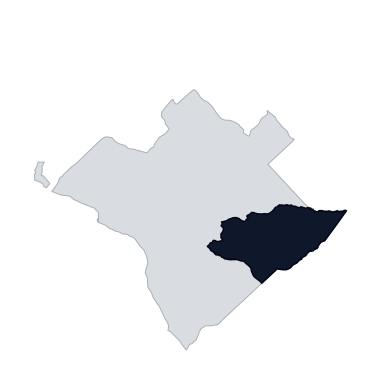 Angola, with Cuando Cubango highlighted, rotated 317°
{"feature_id": "AGO-1888", "entity_name": "Cuando Cubango", "entity_type": "Province", "adm_level": 1, "iso_a3": "AGO", "parent_name": "Angola", "parent_adm1": "", "projection": "mercator", "projection_center": [19.423, -15.802], "detail": "fine", "context": "in_parent", "style": "filled", "palette": "ink", "viewbox_px": 384, "rotation_deg": 317, "n_neighbors": 0, "source": "natural_earth", "source_scale": "10m", "svg_char_len": 9453}
<svg xmlns="http://www.w3.org/2000/svg" viewBox="0 0 384 384"><g transform="rotate(317 192 192)"><path d="M302.5,183.9L302.9,186.3L303.3,189.7L303.6,192.1L303.9,193.2L304.0,193.8L303.7,194.4L303.4,195.8L302.9,197.1L302.6,198.0L302.9,199.7L302.5,204.6L302.4,207.0L303.1,211.3L303.0,212.7L301.5,216.7L301.1,218.7L301.0,219.7L302.6,222.7L302.5,223.2L301.3,223.4L300.3,223.5L266.4,223.5L266.4,274.7L266.4,279.0L267.5,284.9L269.5,291.2L270.3,291.8L272.3,293.0L275.1,295.4L276.7,297.2L279.9,300.3L284.1,304.3L291.9,311.1L266.0,316.2L256.1,318.0L255.3,318.0L253.8,317.3L250.6,317.1L246.9,318.1L243.9,318.3L241.7,317.9L239.6,317.1L237.5,315.8L233.9,315.4L228.7,315.7L223.8,315.5L219.0,314.6L215.6,314.3L213.5,314.5L211.3,314.2L209.0,313.5L207.0,312.3L204.6,309.7L202.8,307.3L202.3,307.0L201.7,306.6L201.1,306.5L190.9,306.4L128.6,306.3L121.4,306.7L120.9,306.6L120.0,306.3L119.3,305.8L117.3,304.4L115.5,303.3L113.1,301.6L111.5,299.6L110.2,299.0L107.9,298.7L106.1,298.3L104.7,298.3L102.2,299.2L100.3,300.1L99.0,300.9L96.6,301.9L94.6,302.9L91.2,302.8L90.5,302.9L88.6,302.9L86.8,302.0L84.9,302.1L82.9,303.2L80.0,303.6L80.7,296.4L81.4,293.3L81.4,289.5L81.0,279.6L80.5,278.3L80.1,276.7L81.9,275.5L82.8,274.6L84.1,273.0L85.0,270.7L86.0,265.7L89.8,254.2L91.6,242.9L93.8,237.6L94.7,231.7L101.0,224.0L102.6,219.3L105.8,217.0L110.5,214.5L113.8,210.1L115.4,207.1L117.2,201.3L117.2,195.3L118.3,187.2L118.1,184.9L116.3,181.7L116.0,179.4L114.4,177.2L112.7,175.5L111.9,172.5L108.9,167.7L108.1,164.5L106.7,162.2L106.5,159.4L105.7,156.4L104.3,153.5L102.8,150.1L102.8,149.1L103.7,147.8L104.6,147.4L104.3,148.0L103.7,148.8L103.9,149.4L109.4,143.5L109.8,142.3L109.6,141.1L109.5,139.5L109.8,137.6L104.5,126.8L100.4,116.7L99.7,111.6L94.2,105.0L92.0,100.6L90.8,97.6L89.8,96.4L90.2,95.8L91.6,95.7L94.7,95.0L99.1,94.2L103.1,92.5L104.1,91.7L106.2,91.5L108.4,92.0L109.2,91.7L109.6,91.6L114.7,91.6L116.8,91.5L120.7,91.5L123.2,91.7L124.6,91.9L128.3,92.2L133.1,92.1L134.7,92.0L140.9,91.9L152.5,91.7L158.6,91.7L163.2,91.7L165.4,92.3L167.3,93.5L168.2,94.6L168.6,95.1L169.1,96.3L170.2,97.2L170.6,98.6L170.3,100.5L170.4,102.8L171.0,105.5L172.3,108.3L174.2,111.3L175.1,113.6L174.8,115.4L175.4,117.2L176.9,119.1L177.9,120.2L178.5,120.9L180.2,123.9L185.5,132.2L186.3,132.7L187.4,132.5L189.9,132.2L192.3,132.1L194.1,132.8L194.8,132.7L197.4,131.3L200.0,130.8L202.7,130.3L204.2,129.7L205.8,129.7L210.3,130.8L211.1,130.9L214.7,130.9L218.3,130.2L218.9,125.4L218.9,124.5L219.8,122.7L220.9,121.1L221.0,119.6L220.9,117.6L221.7,115.1L224.1,113.2L228.1,112.2L230.3,112.0L233.8,111.5L239.1,110.9L241.1,111.0L241.2,111.3L240.1,114.7L240.1,115.8L240.5,117.0L241.4,117.6L252.0,117.7L262.2,118.1L262.8,118.3L263.2,118.5L263.9,120.2L263.7,123.5L262.7,128.4L263.1,132.9L264.8,137.1L265.0,143.6L263.6,152.4L263.3,157.9L264.1,160.2L265.8,162.6L268.4,165.2L270.3,168.5L271.7,172.5L272.3,175.1L271.9,176.1L271.9,177.9L272.3,180.5L271.9,182.2L270.5,183.1L270.0,184.2L270.7,186.5L270.9,188.5L271.8,189.8L272.5,189.9L273.9,189.2L275.6,187.8L277.0,187.3L278.9,187.3L281.6,187.7L286.3,187.9L287.8,187.6L292.2,185.8L293.4,185.7L295.1,185.8L297.6,186.4L300.1,186.5L301.4,185.9L301.5,185.2L301.9,184.2L302.5,183.9ZM104.2,69.2L103.9,69.5L101.9,70.3L99.8,71.0L97.0,74.1L95.5,75.5L95.1,75.8L93.8,76.5L92.9,77.2L92.9,77.5L93.5,77.9L94.2,78.6L94.1,83.6L93.8,88.6L93.5,89.0L91.7,89.2L89.3,89.5L88.6,89.7L88.3,89.2L87.5,87.4L87.9,85.7L88.4,84.4L87.9,81.8L86.7,79.5L85.4,76.5L85.0,75.9L86.1,75.0L87.7,72.9L88.4,71.8L90.3,71.6L91.0,70.8L91.5,69.6L91.7,68.9L93.8,68.3L96.4,67.3L97.8,66.2L99.2,65.5L100.1,65.4L100.7,65.7L102.4,67.7L103.8,68.9L104.2,69.2Z" fill="#d9dde1" stroke="#a8b0b8" stroke-width="1"/><path d="M266.1,282.6L266.9,283.6L267.6,284.7L267.0,284.7L267.2,284.9L267.3,285.7L267.7,286.1L267.8,286.8L268.4,286.9L268.7,287.1L268.6,287.3L268.5,287.6L268.3,287.9L268.2,288.3L268.2,288.6L268.7,289.6L268.6,290.1L269.1,290.3L269.3,290.4L269.4,291.0L269.5,291.2L271.1,292.5L271.3,292.6L271.5,292.6L271.9,292.4L272.0,292.3L272.3,292.6L272.8,292.7L273.0,292.9L273.1,293.1L273.6,293.8L274.0,293.9L274.2,294.0L274.3,294.2L275.6,296.3L275.8,296.9L276.0,297.1L276.3,297.3L276.8,297.4L277.1,297.7L277.1,298.2L277.2,298.3L277.3,298.4L277.5,298.4L278.6,298.9L278.9,299.0L279.7,299.9L280.0,300.4L280.3,300.9L280.5,301.8L280.7,302.1L280.9,302.3L281.5,302.6L282.2,303.3L282.7,303.6L283.8,304.1L284.7,304.3L284.9,304.5L285.7,305.3L285.8,305.5L285.9,306.0L286.3,306.6L286.7,307.1L287.2,307.5L288.0,307.8L288.2,308.0L288.2,308.3L288.2,308.9L288.4,309.1L288.7,309.2L289.7,309.0L290.2,309.1L290.8,309.3L291.2,309.6L291.5,310.0L291.9,310.3L291.8,310.6L291.8,310.9L291.9,311.1L275.5,314.4L255.9,318.1L255.6,318.2L255.2,317.8L254.6,317.5L253.6,317.2L252.8,316.7L252.5,316.6L251.7,316.7L251.1,316.7L250.8,316.8L250.5,316.9L250.2,316.8L246.9,317.7L246.6,318.2L246.0,318.3L245.5,318.5L245.0,318.6L244.6,318.2L244.1,317.9L243.8,317.8L243.6,318.0L243.2,318.0L242.9,317.9L242.5,317.6L241.8,317.5L241.1,317.6L240.6,317.7L240.4,317.6L239.9,317.2L239.2,316.9L238.3,316.0L237.8,315.8L237.4,315.9L236.7,315.3L236.4,315.2L235.6,315.3L235.4,315.2L234.8,315.7L234.3,315.5L233.8,315.5L233.4,315.6L233.1,315.9L233.0,315.7L232.8,315.8L232.5,315.9L232.0,315.9L231.0,316.0L230.1,315.7L229.5,315.3L226.6,315.3L226.2,315.9L225.9,315.8L225.1,315.5L224.9,315.4L224.7,315.1L224.4,315.0L224.0,315.0L222.9,315.2L219.8,315.3L216.9,314.4L216.6,314.2L215.8,314.3L215.0,314.2L214.7,314.2L214.0,314.5L212.5,314.6L210.1,314.1L208.5,313.3L207.8,313.1L207.5,312.9L207.2,312.4L206.1,311.3L205.6,311.0L205.4,310.9L205.3,310.7L205.2,310.2L204.2,309.4L203.9,309.1L203.3,307.9L202.8,307.7L202.5,306.8L202.3,306.6L202.2,306.3L180.8,306.3L180.8,303.1L180.0,298.9L179.8,297.0L179.8,295.8L180.0,294.5L180.2,293.9L181.0,292.0L181.4,290.5L182.5,289.0L182.8,288.5L183.0,288.0L183.3,286.8L183.2,284.5L182.7,280.9L182.7,278.5L182.5,277.9L182.2,277.3L181.9,277.0L181.1,276.2L178.8,272.0L178.3,271.5L177.3,270.8L176.9,270.4L176.7,269.5L176.4,269.6L176.2,269.5L176.1,269.1L175.9,269.0L175.3,269.0L174.5,268.2L174.1,268.0L174.1,267.9L174.4,267.7L173.7,267.3L173.6,267.1L173.1,266.8L172.9,266.7L173.0,266.4L172.9,265.9L172.8,265.7L172.2,265.5L171.9,265.3L171.7,265.1L171.6,264.9L171.7,264.4L171.1,264.1L170.3,263.1L170.2,262.8L170.1,262.5L170.2,262.4L170.5,262.2L170.4,261.9L170.3,261.6L170.1,261.2L169.9,261.0L169.5,260.4L169.4,260.2L169.3,259.7L169.5,258.7L169.4,258.2L169.3,257.9L168.5,257.0L168.5,256.8L168.8,256.0L169.0,256.0L169.0,255.9L168.6,255.7L167.9,255.5L168.1,255.1L167.7,255.0L167.2,254.8L166.8,254.4L166.6,254.0L166.6,252.4L166.7,251.9L166.6,251.0L166.7,250.2L166.6,249.8L166.3,249.2L166.2,248.9L165.9,247.2L166.0,246.9L166.3,246.7L166.4,245.6L166.5,244.9L166.2,243.7L166.3,243.2L166.3,242.9L166.1,242.4L166.5,242.2L168.4,242.3L169.2,242.2L169.8,241.9L170.4,241.8L170.9,241.8L171.2,242.0L171.8,242.4L172.2,242.6L172.6,242.6L173.0,242.5L173.5,242.2L174.0,242.0L174.5,242.0L174.9,242.2L175.1,242.3L175.3,242.6L175.9,243.6L176.1,244.0L176.3,244.9L176.5,245.3L177.3,246.0L178.2,246.6L178.8,246.9L179.9,247.6L180.4,247.9L180.9,248.0L181.2,248.0L181.5,248.0L181.3,247.7L181.9,246.7L182.0,246.3L182.0,246.0L182.0,245.4L182.1,245.0L183.0,244.3L183.6,243.6L184.2,242.8L184.4,242.6L184.9,242.4L185.0,242.3L185.7,242.4L186.5,242.1L186.8,242.1L187.2,242.1L187.4,242.1L188.3,241.4L188.7,241.3L189.4,240.7L189.7,240.5L189.9,240.3L190.3,239.8L190.4,239.4L190.4,237.7L190.2,237.2L190.2,236.8L190.4,236.5L192.0,236.1L192.6,235.6L192.9,234.9L193.1,234.2L193.6,234.4L197.8,236.7L198.4,236.9L198.9,236.9L199.3,236.8L200.0,236.9L202.3,238.0L203.0,238.3L203.6,238.4L204.0,238.6L205.2,239.5L205.3,239.6L205.6,239.7L205.9,239.9L206.0,240.3L206.7,240.7L207.2,241.2L207.3,241.5L207.4,241.9L207.6,242.2L207.8,242.6L208.1,243.0L208.2,243.3L208.3,243.5L208.1,243.7L208.1,243.9L208.4,244.6L208.4,245.0L208.6,245.4L208.5,245.7L208.6,246.4L208.8,246.7L208.9,247.2L209.2,247.5L209.4,248.0L209.7,248.4L209.8,248.7L210.3,249.4L210.9,249.7L211.2,249.7L212.4,249.2L213.1,249.2L213.8,249.2L215.0,249.5L215.4,249.3L215.5,249.0L215.3,248.2L215.3,247.8L215.4,247.4L215.7,247.2L216.2,246.9L216.7,246.9L217.3,247.1L218.1,247.4L219.7,247.7L221.2,247.6L221.7,247.6L222.0,248.0L222.5,248.7L223.0,249.0L223.3,249.4L223.6,250.5L223.8,250.7L224.1,251.0L224.4,251.5L224.5,252.1L224.7,252.3L224.8,252.5L225.3,252.9L225.5,253.0L225.8,253.5L226.3,253.9L227.1,254.9L228.1,255.7L228.5,256.1L228.8,256.3L229.0,256.6L229.4,256.7L230.0,257.1L230.5,257.8L231.4,258.6L231.8,259.2L233.3,260.0L234.2,260.3L234.9,260.6L235.1,260.7L235.9,260.6L236.5,260.7L238.0,260.9L238.7,260.7L240.1,260.7L240.3,260.8L240.4,260.7L240.7,260.5L241.1,260.3L241.4,260.3L241.9,260.4L242.1,260.4L242.3,260.2L242.5,260.2L242.8,260.2L243.6,260.8L244.3,261.0L245.0,261.1L245.3,261.0L245.4,260.8L245.6,260.7L246.0,260.8L246.5,261.3L246.8,261.3L247.2,261.1L247.6,261.6L247.7,261.9L247.7,262.0L247.9,261.9L248.0,262.0L249.5,263.6L249.9,264.2L250.3,264.8L250.5,265.1L250.8,264.9L251.1,265.0L251.4,265.7L251.6,265.9L251.9,265.8L252.4,265.7L252.8,266.2L253.4,267.3L253.3,267.6L253.4,267.8L253.8,268.2L254.4,268.4L254.6,268.7L254.7,269.0L255.1,268.9L255.4,269.0L255.7,269.2L256.0,270.1L256.2,271.6L256.5,271.9L257.1,272.1L257.3,272.2L257.6,272.8L258.0,273.3L258.2,274.2L258.4,274.5L259.0,275.2L259.4,276.5L259.9,277.0L260.4,277.0L261.0,277.0L261.5,277.1L261.6,277.4L261.6,277.7L261.7,277.8L262.1,277.9L262.3,278.1L262.6,278.8L262.7,279.2L263.2,279.8L263.7,281.0L263.8,281.3L264.1,281.5L265.1,281.9L265.6,282.2L266.1,282.6Z" fill="#0f172a" stroke="#020617" stroke-width="1.5"/></g></svg>